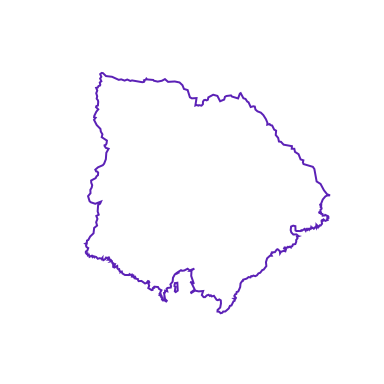 the district of Nossa Senhora Da Graca, Praia, Cabo Verde, rotated 26°
{"feature_id": "66160863B19025383966327", "entity_name": "Nossa Senhora Da Graca", "entity_type": "district", "adm_level": 2, "iso_a3": "CPV", "parent_name": "Cabo Verde", "parent_adm1": "Praia", "projection": "robinson", "projection_center": [-23.509, 14.948], "detail": "fine", "context": "isolated", "style": "outline", "palette": "violet", "viewbox_px": 384, "rotation_deg": 26, "n_neighbors": 0, "source": "geoboundaries", "source_scale": "gbopen_adm2", "svg_char_len": 6048}
<svg xmlns="http://www.w3.org/2000/svg" viewBox="0 0 384 384"><g transform="rotate(26 192 192)"><path d="M230.1,98.5L229.5,96.8L226.6,94.2L222.4,91.6L219.1,90.5L215.5,90.8L212.9,90.1L211.0,87.7L209.5,88.1L207.5,89.9L203.5,86.6L202.0,86.5L199.3,84.9L197.1,85.2L192.4,81.8L191.9,82.6L192.4,87.7L186.1,88.7L184.7,88.1L180.9,90.6L179.9,92.0L180.4,94.8L177.5,98.1L172.7,94.5L168.4,95.3L165.2,99.8L165.8,102.1L165.0,103.2L163.4,103.4L162.4,104.4L162.3,106.1L163.3,108.3L162.7,110.2L160.2,110.9L159.8,111.6L157.9,111.8L157.1,112.7L154.9,105.6L150.8,107.9L148.6,107.8L143.4,102.3L139.6,102.9L136.6,100.2L132.8,99.0L128.1,100.2L122.2,103.5L118.2,102.4L116.2,105.2L112.8,107.8L109.0,108.7L108.0,108.3L102.3,110.5L101.3,110.1L101.2,111.3L99.9,112.6L100.7,113.5L100.5,114.2L99.2,115.1L89.2,118.0L87.9,119.2L84.5,119.3L82.6,121.4L79.0,121.8L77.0,123.3L69.6,123.5L63.9,125.5L59.8,124.2L58.6,124.6L57.8,126.3L60.0,128.2L59.7,130.3L62.0,132.2L61.1,134.0L62.6,135.9L62.6,136.7L61.5,137.8L61.5,139.4L60.2,140.4L62.4,142.4L62.6,145.2L64.8,147.5L65.4,149.9L67.2,150.8L68.2,152.1L69.5,155.5L68.4,156.7L68.5,157.8L71.5,158.8L70.8,161.8L70.8,166.5L71.2,167.7L72.8,167.5L72.3,170.1L77.0,173.6L82.0,175.4L83.6,177.7L86.2,179.4L86.8,182.3L93.0,183.1L93.9,185.8L93.9,187.2L92.9,188.4L93.3,189.0L95.2,190.1L98.1,189.7L97.8,194.3L100.2,200.3L100.6,205.1L100.1,207.0L96.7,211.0L95.3,214.3L96.8,215.5L98.1,215.2L99.2,215.8L100.1,218.1L99.3,219.8L99.3,221.8L96.3,225.9L97.4,227.9L99.3,229.6L99.9,232.0L99.7,234.6L101.3,237.6L100.4,241.3L103.9,245.1L105.5,245.6L110.2,245.0L114.4,240.5L114.5,242.8L113.3,244.8L115.7,250.8L118.1,253.3L116.5,255.5L118.8,257.6L119.1,261.2L121.4,263.8L119.8,267.2L121.6,272.3L120.0,276.6L119.8,280.6L118.9,281.7L119.8,283.9L118.9,285.1L120.1,285.1L120.3,286.8L121.4,287.7L123.3,287.9L123.6,290.7L122.7,292.0L123.2,293.2L124.3,293.8L124.9,293.0L126.1,294.6L126.8,293.6L128.3,295.2L129.5,293.5L130.9,294.0L130.8,293.1L132.1,293.3L131.8,292.9L134.4,292.4L136.6,293.3L137.8,292.1L140.1,291.5L140.3,290.6L140.8,292.0L141.5,291.6L142.2,292.1L143.3,290.6L143.5,288.6L144.5,288.6L145.9,287.2L146.8,287.9L146.2,289.7L148.2,288.9L148.8,289.4L149.1,288.8L149.8,289.2L149.5,289.9L150.3,289.3L151.7,290.9L152.4,290.6L152.7,291.3L154.4,290.6L154.5,291.8L153.5,292.9L154.0,293.9L155.4,293.9L157.2,291.3L158.4,293.3L159.8,293.8L160.4,293.3L161.6,294.8L162.7,294.7L162.9,295.4L163.8,294.3L165.1,295.7L168.0,296.0L171.3,294.5L171.9,293.3L172.5,293.8L174.2,292.6L174.9,294.1L175.8,292.9L176.5,294.2L177.4,294.3L176.9,293.4L177.9,293.0L179.0,294.0L178.9,294.6L181.4,294.1L181.4,294.8L181.6,294.4L183.1,295.5L185.6,294.1L189.9,294.8L190.9,293.8L191.5,291.3L192.4,291.2L193.3,292.0L192.9,293.4L194.6,295.0L194.8,297.5L198.7,297.9L199.5,297.3L199.0,295.9L199.7,295.1L199.2,294.9L199.7,293.6L203.1,292.3L205.0,293.6L207.6,293.7L207.5,296.4L208.4,297.3L207.7,297.3L207.6,297.6L208.4,297.5L208.5,298.0L207.9,298.0L208.6,298.3L208.9,297.9L208.6,298.6L209.2,298.4L209.5,299.2L210.3,299.0L210.6,300.1L211.7,299.8L212.0,301.3L212.5,301.0L213.4,302.2L214.1,301.9L213.4,301.9L213.9,300.9L214.3,301.6L215.5,301.0L215.7,301.6L216.8,301.7L217.0,300.8L214.6,299.9L211.1,295.0L211.8,294.3L211.1,292.5L213.3,292.1L211.6,290.1L212.0,289.0L214.8,287.2L214.4,285.7L213.1,284.5L213.9,281.1L212.5,277.4L212.7,273.6L213.6,271.9L214.8,272.6L213.7,271.5L214.4,270.3L214.8,271.0L215.2,270.5L214.5,270.2L216.4,267.1L217.5,267.2L219.4,266.0L221.7,262.9L224.3,263.5L227.7,259.8L225.3,263.5L226.1,263.1L228.1,267.8L233.4,273.2L232.6,274.4L231.3,273.3L229.8,273.6L231.2,273.8L237.2,278.5L235.2,282.4L235.6,282.7L235.2,283.8L237.9,279.3L241.6,278.4L245.4,276.1L246.0,280.3L248.5,281.4L249.8,280.8L250.6,278.5L252.0,277.1L253.6,277.6L254.2,276.6L255.4,277.2L257.2,275.7L261.4,278.1L262.7,277.9L263.6,276.6L265.4,276.8L266.9,279.5L268.0,283.5L266.7,286.8L267.3,288.3L269.0,287.7L270.9,288.4L272.2,287.2L272.4,285.8L274.3,284.8L276.1,280.5L276.0,277.7L277.2,276.7L277.2,272.1L278.0,271.1L277.7,269.7L276.5,269.5L277.9,268.6L277.9,267.9L275.6,266.9L275.7,265.0L276.5,264.2L276.0,262.3L277.2,261.1L277.0,256.4L275.7,252.9L276.1,250.1L276.7,249.6L276.4,248.4L279.1,245.9L280.1,243.7L282.0,243.1L282.1,241.6L283.1,241.3L283.8,240.2L285.8,239.9L286.9,238.4L287.4,236.0L288.7,234.7L289.4,231.3L290.4,230.4L291.3,226.0L289.2,222.6L288.6,218.7L290.0,215.1L291.6,214.3L290.4,213.4L290.2,212.4L290.9,211.5L290.5,211.1L292.9,209.7L293.4,206.6L294.1,205.9L296.9,206.7L298.0,208.4L298.1,206.9L299.2,205.7L300.4,204.6L301.9,204.4L301.6,202.5L299.5,202.4L299.5,201.3L301.9,200.4L302.2,199.3L303.1,199.3L303.5,198.5L305.1,198.5L304.8,197.7L305.9,196.8L305.7,194.9L307.7,193.5L307.5,191.0L306.7,189.5L307.1,187.4L306.1,186.2L307.1,185.1L305.9,185.4L306.0,184.7L304.5,184.3L301.7,185.8L299.0,184.8L297.4,183.0L296.2,179.6L297.7,177.9L299.9,177.4L301.9,181.2L302.9,181.3L306.5,179.6L307.0,178.5L307.7,178.7L309.3,175.9L311.2,177.0L311.1,175.2L312.3,175.5L312.4,174.4L313.0,174.5L312.7,174.1L314.0,173.3L314.3,173.8L314.9,172.9L314.6,171.5L315.5,172.1L316.0,171.2L317.6,171.6L318.4,168.8L319.1,169.3L318.6,168.0L319.5,168.3L318.6,167.0L321.1,167.9L321.4,166.0L322.3,165.8L322.8,163.5L321.4,161.6L321.9,161.1L321.1,160.6L321.5,159.8L322.7,159.6L322.6,159.1L324.5,159.5L326.2,157.7L325.3,157.1L325.7,156.3L324.9,155.5L325.2,154.9L324.6,154.9L324.6,154.4L325.2,154.5L324.9,154.1L321.7,154.2L321.6,154.9L319.8,156.0L318.9,154.6L317.6,155.0L317.1,154.1L315.8,155.0L315.2,154.5L316.0,153.2L315.3,151.9L315.8,150.2L315.0,149.1L314.4,149.2L314.0,147.5L313.4,147.9L312.7,147.1L313.2,146.1L312.8,141.4L313.8,137.5L314.9,136.0L317.5,134.5L314.4,134.8L309.8,132.6L304.0,128.4L299.4,127.9L291.9,117.7L289.6,116.4L280.0,118.0L278.7,116.8L278.2,114.7L275.3,115.1L271.2,111.3L267.0,110.8L265.0,108.3L262.7,109.4L261.7,107.0L253.6,109.3L250.0,107.9L248.0,108.5L245.7,105.6L242.3,104.1L240.7,100.0L238.5,99.9L234.9,97.1L233.0,97.5L232.0,96.9L230.1,98.5ZM218.6,280.0L216.6,281.4L217.1,283.1L217.7,283.0L217.1,283.3L217.5,284.3L218.7,284.5L220.1,288.8L221.2,289.1L222.4,286.9L218.6,280.0Z" fill="none" stroke="#5b21b6" stroke-width="2"/></g></svg>